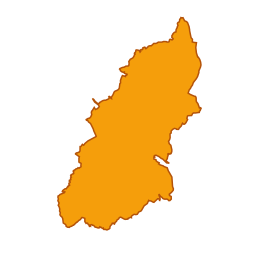 outline of Ponoarele, Mehedinti, Romania, rotated 255°
{"feature_id": "2599482B4179023140434", "entity_name": "Ponoarele", "entity_type": "district", "adm_level": 2, "iso_a3": "ROU", "parent_name": "Romania", "parent_adm1": "Mehedinti", "projection": "orthographic", "projection_center": [22.761, 44.974], "detail": "fine", "context": "isolated", "style": "filled", "palette": "amber", "viewbox_px": 256, "rotation_deg": 255, "n_neighbors": 0, "source": "geoboundaries", "source_scale": "gbopen_adm2", "svg_char_len": 5756}
<svg xmlns="http://www.w3.org/2000/svg" viewBox="0 0 256 256"><g transform="rotate(255 128 128)"><path d="M219.5,206.0L218.2,205.6L217.0,204.5L217.0,203.7L216.4,202.9L215.9,202.7L214.0,202.8L213.2,201.9L212.1,201.5L211.9,201.0L210.3,199.8L208.4,199.2L208.4,197.6L208.2,197.2L207.2,195.6L206.7,195.4L206.0,194.4L204.0,193.8L202.7,194.7L202.0,194.3L201.7,193.3L202.7,191.9L202.8,191.5L202.4,190.9L200.8,190.1L200.6,189.4L200.9,187.9L201.5,187.4L202.3,184.9L202.2,182.8L203.1,179.5L202.5,177.8L202.5,176.6L203.0,174.8L201.4,171.8L201.8,170.2L201.7,168.8L201.1,168.2L201.0,167.6L200.6,167.2L200.0,165.9L200.1,165.5L201.5,165.4L201.8,164.9L201.6,163.1L200.5,162.8L200.0,162.3L200.4,161.3L200.3,160.6L200.1,160.1L199.8,160.0L199.5,160.0L199.5,160.4L199.0,160.3L198.2,159.3L199.8,159.0L200.7,157.7L201.3,156.1L201.1,155.8L199.6,155.1L198.6,153.6L198.3,153.5L197.6,154.0L197.0,153.1L195.7,152.3L194.4,150.7L193.8,148.0L192.0,146.0L190.1,145.8L188.1,144.9L187.9,144.4L188.0,143.1L188.3,142.1L187.7,139.8L187.9,139.3L187.9,138.0L187.5,135.5L187.1,135.1L186.5,135.5L185.3,135.5L183.6,136.8L183.1,137.9L182.8,138.2L182.9,138.8L182.3,138.5L181.8,138.8L180.5,140.4L180.4,140.9L180.0,141.0L179.4,140.5L179.2,139.7L179.3,139.1L178.4,138.8L180.1,136.2L178.1,134.5L175.8,133.0L173.5,132.5L172.9,131.6L168.6,129.8L167.8,128.8L167.3,127.7L166.9,124.9L166.3,123.9L164.0,122.1L162.0,119.9L160.7,119.7L161.6,118.9L162.7,118.8L163.4,118.0L163.1,117.5L162.1,117.8L161.6,117.5L161.1,116.5L160.6,113.6L160.9,112.6L161.0,111.1L160.5,109.0L160.1,108.1L160.1,107.4L159.7,106.9L159.4,106.9L159.1,106.3L159.3,105.5L160.3,104.4L162.9,102.8L164.3,102.4L165.7,101.3L161.7,102.5L157.9,105.4L156.1,105.8L155.1,104.4L154.5,103.0L154.3,101.4L156.6,100.7L154.0,98.0L153.7,97.3L152.5,96.6L150.3,96.4L148.4,94.9L147.4,93.3L147.6,92.1L147.0,89.8L146.8,89.7L146.1,90.0L145.8,91.0L144.1,91.4L142.4,92.7L141.5,93.1L136.0,94.2L134.2,94.2L128.8,95.1L128.0,95.0L125.9,86.0L124.2,82.4L123.0,80.9L122.9,80.5L124.0,79.7L122.7,78.2L122.2,77.4L122.4,76.9L118.3,75.7L117.3,74.6L117.4,73.8L117.1,72.7L117.3,71.7L116.8,70.7L116.4,70.6L112.8,73.6L111.6,72.8L107.9,71.8L107.3,72.0L106.4,73.2L105.9,73.5L104.0,72.8L102.8,72.6L102.5,72.2L102.2,70.8L101.9,70.5L102.5,69.5L102.2,69.4L102.0,68.4L101.9,66.9L101.3,66.1L101.3,65.2L100.3,64.4L100.7,64.1L100.6,63.9L98.5,63.9L98.1,63.7L97.9,63.2L98.0,62.5L97.5,61.3L97.6,61.1L97.2,60.5L96.8,60.8L96.2,60.3L95.3,60.2L95.1,60.4L94.6,59.6L92.9,59.4L92.7,57.9L91.9,57.5L91.4,58.1L90.5,58.1L90.0,57.3L90.0,56.7L89.1,56.4L88.2,56.8L87.7,56.7L87.7,56.4L87.9,56.1L86.8,54.8L87.1,54.6L85.3,52.7L85.5,52.1L85.5,51.2L84.5,48.8L83.6,48.1L82.5,49.8L82.8,50.4L82.7,50.5L82.0,49.9L81.4,45.2L80.7,44.1L80.4,42.9L80.1,42.9L79.5,42.4L77.4,42.4L76.3,41.6L75.7,41.5L73.3,42.0L71.4,40.6L69.6,41.1L67.3,41.1L65.5,40.4L63.7,40.7L61.8,39.8L60.5,40.2L59.0,41.2L57.4,41.5L53.0,40.9L51.1,42.6L49.9,43.0L49.0,42.8L47.8,44.0L47.2,45.7L47.7,46.4L47.7,48.1L48.3,49.8L48.2,50.2L48.5,50.5L48.6,51.4L49.4,52.2L49.9,53.5L50.3,53.9L50.2,54.5L51.5,56.7L51.8,58.1L53.4,60.2L53.2,60.4L53.3,61.0L51.9,62.9L48.7,62.1L46.7,62.8L46.9,63.3L46.5,64.3L45.1,64.6L44.3,65.2L43.0,65.3L43.2,66.1L42.9,66.4L43.3,66.5L44.2,66.1L44.2,66.4L43.9,66.9L44.1,67.8L44.0,68.1L43.1,68.7L42.8,69.6L40.7,70.6L40.6,71.2L39.5,72.7L39.1,73.5L39.0,74.7L39.6,74.8L39.9,75.2L39.3,75.6L39.3,76.1L37.6,77.3L37.4,77.8L37.6,78.2L36.4,78.3L36.2,78.5L36.0,79.7L35.0,81.3L35.3,83.3L35.7,84.4L37.4,85.1L38.3,86.0L39.0,87.4L40.1,88.1L39.9,88.8L39.4,89.3L39.8,89.3L39.8,89.7L39.0,90.3L40.1,91.2L40.8,92.7L42.0,93.6L42.6,95.4L43.7,96.5L43.8,97.7L43.6,98.1L41.1,100.7L40.5,101.6L40.1,103.8L40.3,104.0L40.1,104.4L40.8,105.0L40.7,105.5L41.0,106.7L41.0,107.5L40.5,108.1L41.4,108.3L42.1,108.8L43.0,111.2L43.0,111.7L42.3,113.2L42.3,114.7L44.1,116.6L44.4,118.8L44.7,119.5L48.7,123.5L50.1,127.2L50.7,127.5L52.7,129.3L52.1,129.7L51.9,130.6L51.4,131.5L49.9,133.0L49.5,133.8L52.0,138.4L51.7,139.2L50.7,139.8L49.9,139.7L49.8,139.9L50.9,140.6L53.0,140.8L54.7,140.5L56.2,140.8L53.7,141.6L52.0,143.0L50.9,143.4L50.3,144.1L49.7,145.2L49.3,147.1L48.8,147.8L47.2,148.7L47.1,149.7L48.1,151.4L50.7,152.0L51.8,150.8L52.7,150.5L53.0,151.0L53.6,151.0L54.4,153.1L56.1,155.5L57.4,156.1L60.0,155.9L69.3,157.7L76.4,155.8L79.4,155.6L81.5,152.8L82.4,152.1L84.1,149.4L84.7,149.2L85.4,148.3L86.4,149.1L87.6,147.6L89.0,146.7L90.2,146.8L91.3,145.0L92.5,145.2L93.0,145.5L92.9,146.3L93.5,146.3L93.7,145.8L94.3,146.1L94.5,146.6L94.3,146.8L94.5,147.2L94.5,148.0L92.3,150.6L89.9,152.3L89.2,153.4L84.3,156.3L83.5,158.4L83.1,158.8L85.9,156.6L86.6,156.3L88.2,158.0L90.0,158.8L90.9,159.5L92.6,159.8L92.7,160.5L92.0,160.8L92.4,162.3L92.0,162.5L92.2,163.0L93.7,164.1L95.6,164.7L100.2,164.9L101.5,164.1L102.9,163.6L103.6,163.9L104.7,163.7L105.9,165.1L106.7,165.6L107.8,166.2L111.2,167.0L111.6,167.3L112.0,168.4L113.9,168.9L115.1,170.8L115.6,172.7L114.8,174.3L114.2,174.5L113.6,176.2L113.7,176.6L114.6,177.4L116.1,179.9L118.5,181.9L117.3,182.7L117.1,183.7L118.1,185.3L120.8,187.8L122.0,187.3L124.2,188.6L124.3,189.4L123.6,192.7L125.1,194.0L125.6,195.1L125.1,196.8L124.6,200.9L125.4,201.2L126.4,202.4L127.4,203.0L127.8,203.6L128.5,203.6L129.0,203.0L128.9,202.2L133.6,201.8L135.3,201.0L136.5,200.9L139.5,201.6L140.6,201.5L141.3,201.0L141.3,200.6L144.4,196.7L146.1,195.1L149.0,197.0L150.0,198.5L151.4,199.7L152.8,201.4L154.4,202.4L155.5,203.5L157.8,206.6L159.7,208.5L163.2,210.8L164.8,211.2L168.1,213.8L170.0,214.8L172.9,215.2L175.7,215.0L178.3,214.2L178.5,213.7L182.8,213.5L188.2,214.3L192.7,216.2L193.6,213.9L194.5,212.4L196.9,213.2L197.3,213.1L198.6,212.4L199.2,212.3L206.1,212.7L206.7,212.9L210.1,213.2L214.3,212.8L215.6,212.1L217.0,210.3L218.7,210.1L219.3,209.7L220.3,209.7L220.5,208.5L221.0,207.7L220.0,207.1L219.9,206.5L219.5,206.0Z" fill="#f59e0b" stroke="#b45309" stroke-width="1.5"/></g></svg>